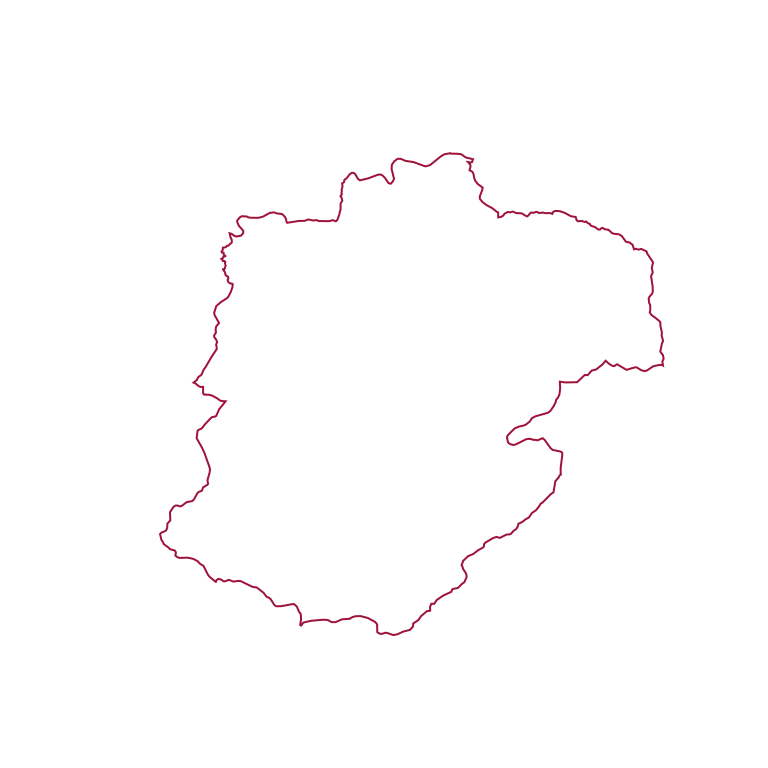 Van Ban, Lào Cai, Vietnam (Albers equal-area conic projection), rotated 306°
{"feature_id": "81297802B34365172713310", "entity_name": "Van Ban", "entity_type": "district", "adm_level": 2, "iso_a3": "VNM", "parent_name": "Vietnam", "parent_adm1": "Lào Cai", "projection": "albers", "projection_center": [104.242, 22.064], "detail": "fine", "context": "isolated", "style": "outline", "palette": "rose", "viewbox_px": 768, "rotation_deg": 306, "n_neighbors": 0, "source": "geoboundaries", "source_scale": "gbopen_adm2", "svg_char_len": 6166}
<svg xmlns="http://www.w3.org/2000/svg" viewBox="0 0 768 768"><g transform="rotate(306 384 384)"><path d="M273.2,229.1L273.6,230.8L273.4,235.7L273.9,237.5L275.3,239.4L270.5,242.8L269.6,244.4L272.3,248.6L273.6,251.7L274.3,257.2L274.3,261.0L274.9,262.9L276.9,266.0L266.7,265.5L259.6,267.0L258.4,266.5L256.3,264.5L254.5,263.9L245.7,262.8L240.9,262.7L237.7,260.8L236.5,260.7L230.0,264.3L225.6,274.0L222.7,279.2L214.8,290.8L212.7,293.4L209.6,295.1L202.4,297.7L199.8,300.4L198.6,300.3L193.9,298.4L190.7,299.4L187.7,297.5L185.9,297.2L178.6,298.1L176.5,297.6L172.4,293.8L166.5,292.0L165.2,291.1L164.1,288.1L163.4,287.0L161.0,285.9L154.5,286.2L148.1,291.3L143.8,290.8L140.1,293.2L138.1,293.7L136.7,293.6L132.9,291.3L131.0,291.0L127.1,295.5L126.2,298.0L125.0,300.1L125.0,305.8L124.6,308.0L126.3,312.6L125.5,314.6L122.6,316.0L122.4,318.4L123.1,320.8L127.9,327.0L129.1,329.3L130.5,332.9L131.1,337.4L130.4,340.9L130.8,344.8L126.4,353.3L125.5,356.0L125.0,364.0L125.1,364.3L126.3,363.8L127.2,363.8L129.2,364.8L130.1,367.5L130.0,370.0L130.6,371.1L134.4,373.6L135.6,378.2L139.2,382.1L140.3,384.0L142.6,396.8L144.6,400.8L144.3,409.3L142.9,413.9L143.5,417.1L143.3,418.8L140.8,425.1L140.7,426.7L141.2,428.0L144.0,431.6L152.2,439.4L153.1,440.8L152.7,444.3L149.8,449.1L149.1,451.7L144.9,455.2L139.7,457.9L139.7,458.6L139.9,459.0L143.4,459.0L144.1,459.4L149.6,464.2L157.5,473.3L160.0,477.1L160.6,481.7L162.9,484.8L168.9,488.3L174.1,494.5L174.7,494.4L177.2,495.7L179.6,497.7L182.5,501.6L185.2,508.4L186.3,516.9L185.5,519.7L179.3,524.4L179.5,527.5L180.7,529.3L183.6,531.3L184.5,533.0L186.3,539.0L189.3,541.9L195.0,545.1L200.4,549.6L205.0,550.0L207.4,548.4L213.2,550.6L217.8,550.4L225.3,552.2L227.8,554.6L230.6,552.3L234.0,551.5L235.7,553.8L240.0,553.6L241.3,554.0L247.5,556.2L255.1,560.4L255.7,560.6L257.7,559.9L259.0,560.5L262.5,563.7L267.8,564.5L270.9,565.5L276.4,564.3L277.4,563.5L279.0,561.6L280.9,556.7L282.5,554.6L283.0,553.3L287.5,552.0L294.1,553.2L298.9,556.1L305.0,557.9L310.1,560.3L311.2,560.3L313.4,559.1L315.2,559.2L323.7,562.9L326.4,564.9L327.6,568.2L333.6,571.3L335.0,572.5L336.2,574.1L337.5,574.8L340.8,575.0L344.5,576.2L347.4,576.0L349.9,574.9L353.8,577.0L357.6,578.0L361.2,579.7L366.6,579.5L371.1,581.1L376.0,581.4L379.4,581.1L381.1,581.9L393.0,583.7L395.9,584.8L406.0,579.8L411.5,580.2L413.2,579.8L414.8,580.3L415.6,579.4L420.2,576.1L431.3,570.0L432.8,568.9L433.3,567.8L433.0,566.2L429.8,559.2L430.0,556.6L433.2,546.8L433.4,544.2L428.6,541.3L428.0,539.5L427.0,538.4L425.2,533.8L424.0,532.9L423.3,531.7L412.7,526.2L410.7,524.5L409.5,521.4L409.6,518.7L413.3,514.7L415.6,514.3L424.8,515.8L428.6,518.0L432.5,521.4L434.4,522.6L439.5,524.0L443.2,523.7L446.9,525.5L456.9,533.4L459.7,534.4L466.0,534.3L470.0,533.6L472.6,532.5L475.2,532.8L478.8,532.0L484.0,529.1L489.2,524.9L492.0,530.0L499.0,539.2L509.3,541.1L510.9,543.6L516.8,544.1L520.5,547.1L528.4,549.3L533.1,549.6L532.6,554.3L532.9,558.0L533.5,559.5L537.0,561.0L538.0,571.9L542.4,575.2L545.4,577.7L546.0,578.8L546.4,584.2L547.5,587.1L549.5,588.8L556.6,591.4L561.3,595.6L562.7,597.5L562.9,598.9L565.6,596.1L568.7,595.4L570.5,593.6L571.3,592.7L572.6,588.5L580.0,585.1L583.0,584.4L586.3,580.2L589.2,578.4L593.3,573.6L596.3,571.3L596.7,570.2L597.1,564.5L597.0,559.9L598.1,556.9L599.8,556.3L604.2,553.1L605.5,550.8L608.7,547.9L610.3,547.5L614.7,547.8L616.7,547.2L620.8,544.0L628.2,536.7L632.3,535.8L635.3,532.4L640.1,530.4L640.8,529.7L644.3,520.1L645.6,518.5L644.5,512.7L642.2,510.8L641.6,508.5L639.9,507.2L642.7,503.3L642.8,499.4L641.3,496.1L643.5,489.4L643.2,486.1L640.9,482.1L640.1,479.9L640.7,475.0L638.8,471.3L638.9,469.2L638.0,468.4L635.8,467.9L634.9,466.4L635.0,462.8L633.8,458.6L634.0,456.9L634.5,456.2L633.9,454.5L634.3,452.1L633.0,451.1L632.2,448.2L629.6,445.2L629.8,443.4L631.8,440.9L629.6,436.6L628.7,429.8L627.2,424.7L624.7,420.8L622.6,419.7L620.5,420.1L620.3,418.6L616.9,413.9L616.1,411.8L613.4,409.0L613.3,407.1L612.6,405.8L610.4,404.4L609.1,402.1L603.9,401.5L603.4,400.1L603.0,395.1L599.9,390.3L599.4,387.4L598.9,386.5L597.1,385.3L595.9,383.0L592.5,381.4L590.4,381.5L588.0,380.5L585.9,378.5L590.0,375.4L589.6,373.9L589.9,368.2L589.0,361.9L589.1,356.7L590.1,352.9L591.0,351.9L592.8,351.0L598.4,349.6L600.9,348.3L600.9,342.5L602.0,338.5L603.5,336.1L606.4,333.1L607.4,331.4L607.6,330.3L607.2,327.5L610.6,326.3L612.1,325.0L612.9,321.5L614.0,323.7L615.2,324.8L618.2,323.9L615.3,316.9L615.3,311.6L613.7,308.5L609.5,302.4L609.7,302.0L605.3,297.8L601.9,296.3L588.2,292.6L584.9,290.1L584.1,288.8L580.9,277.4L577.2,270.4L576.0,265.1L574.1,262.6L570.3,261.4L566.0,261.5L562.5,263.7L555.8,271.6L552.6,272.1L549.9,271.7L549.2,269.5L551.3,263.6L551.8,260.6L551.6,258.3L549.8,256.1L541.3,250.5L534.9,245.1L534.6,244.6L534.7,242.1L536.9,237.4L536.9,235.1L535.8,233.8L533.5,233.0L528.6,232.8L525.9,232.0L523.7,233.0L521.5,232.2L520.4,233.6L518.2,234.9L516.1,235.6L515.1,236.7L513.9,237.1L512.7,238.4L510.4,238.4L509.6,240.4L507.7,242.6L504.5,242.8L499.4,246.5L497.4,246.9L496.0,247.8L489.9,249.7L487.8,249.6L487.1,249.0L486.5,246.3L483.6,244.0L477.5,235.5L477.0,233.1L474.9,231.0L472.5,225.9L469.4,224.0L465.8,219.2L457.5,210.9L457.7,210.1L459.8,207.8L461.0,205.6L461.6,201.6L459.2,197.4L458.1,194.0L455.2,191.0L448.4,187.8L445.6,185.6L443.6,183.4L439.8,177.8L439.1,176.3L438.9,174.6L436.1,170.3L434.0,169.4L430.0,169.1L428.5,170.4L426.6,173.8L425.3,180.0L423.1,181.5L419.9,181.1L416.7,178.0L415.9,176.1L415.9,172.5L415.2,170.5L412.4,173.7L411.1,176.1L409.0,177.7L404.4,176.7L403.3,175.6L401.6,175.6L399.6,173.5L397.3,174.9L395.7,174.7L395.1,175.6L395.8,177.2L394.5,178.3L394.3,180.5L393.9,180.5L392.7,179.2L391.0,179.6L389.6,178.9L389.5,180.3L388.8,181.2L389.7,182.6L389.5,183.9L388.4,184.1L386.8,186.2L383.8,187.3L383.0,187.4L382.5,186.4L382.0,186.4L380.9,189.8L379.1,191.6L378.9,193.5L379.2,194.7L377.9,196.1L376.3,196.2L374.9,198.2L375.0,200.7L375.9,202.0L375.8,203.0L373.4,204.4L368.2,206.0L363.4,206.7L361.7,206.7L354.1,203.8L348.5,202.5L341.9,204.7L340.3,206.2L336.4,214.7L331.8,214.4L329.0,215.8L326.9,217.8L323.1,218.1L322.2,219.0L321.3,222.0L319.8,224.4L317.5,224.9L314.1,228.1L304.0,228.6L292.9,229.7L289.4,229.7L284.4,230.9L280.2,229.7L277.1,230.2L273.2,229.1Z" fill="none" stroke="#9f1239" stroke-width="2"/></g></svg>